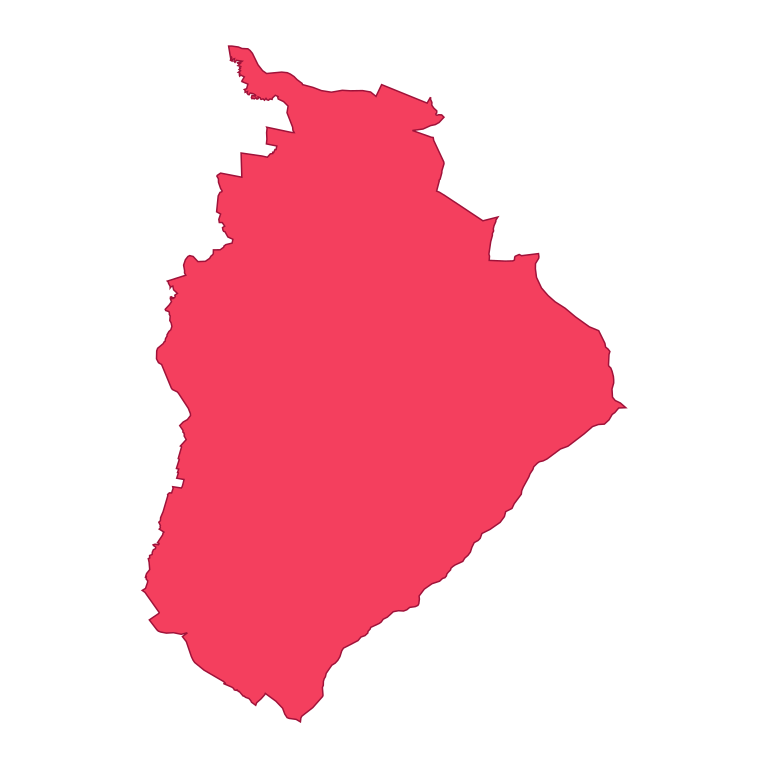 outline of Homoroade, Satu Mare, Romania
{"feature_id": "2599482B99777504625333", "entity_name": "Homoroade", "entity_type": "district", "adm_level": 2, "iso_a3": "ROU", "parent_name": "Romania", "parent_adm1": "Satu Mare", "projection": "robinson", "projection_center": [23.062, 47.634], "detail": "fine", "context": "isolated", "style": "filled", "palette": "rose", "viewbox_px": 768, "rotation_deg": 0, "n_neighbors": 0, "source": "geoboundaries", "source_scale": "gbopen_adm2", "svg_char_len": 6036}
<svg xmlns="http://www.w3.org/2000/svg" viewBox="0 0 768 768"><path d="M387.4,617.1L393.3,611.7L398.5,610.7L403.6,611.0L406.8,609.8L409.7,607.4L415.3,606.6L417.9,605.4L418.8,603.7L419.4,599.1L419.1,596.0L424.3,589.1L432.0,583.7L439.6,581.2L442.6,578.4L444.9,577.7L446.4,575.9L446.8,574.1L448.0,572.5L450.6,569.8L450.8,568.4L452.7,566.6L455.2,564.9L462.8,561.4L464.7,558.2L468.0,555.3L470.4,552.0L471.9,547.3L474.2,542.6L478.2,540.4L480.2,538.3L481.9,533.5L490.2,529.3L500.2,522.3L504.4,516.6L505.7,511.6L512.0,508.4L514.2,503.7L521.3,494.2L521.7,490.8L523.2,487.2L528.9,476.8L530.0,473.8L532.9,469.4L533.7,466.8L537.4,463.1L539.5,461.7L543.1,460.9L547.1,458.9L560.4,449.0L568.0,446.2L584.2,433.8L592.5,426.6L598.4,424.5L604.4,424.1L609.0,419.9L612.2,414.4L614.8,412.6L618.7,408.0L625.8,407.7L620.4,403.0L615.2,400.5L612.5,397.2L612.0,389.0L613.7,383.0L613.7,379.9L613.4,376.5L612.1,371.3L610.8,368.0L608.9,366.2L608.5,365.0L609.0,354.5L609.9,351.5L608.0,349.0L605.6,347.1L604.9,343.3L598.7,330.7L589.3,326.8L575.5,316.9L565.1,308.2L555.1,301.8L548.0,295.5L541.5,288.0L536.5,277.4L535.4,268.8L535.5,263.6L538.7,258.3L538.9,256.7L538.5,253.6L521.5,255.7L519.2,254.5L515.3,256.2L514.7,257.1L514.4,260.1L512.8,260.9L505.4,261.1L489.2,260.4L489.5,256.1L488.9,254.1L490.7,241.7L492.4,235.4L492.4,233.4L493.6,231.0L493.3,228.8L494.0,225.8L495.8,221.6L495.9,220.1L497.9,217.0L482.9,220.8L445.2,195.8L439.4,192.2L436.6,191.1L439.2,181.2L439.1,180.2L440.1,179.2L441.8,172.9L441.9,170.8L444.0,163.8L443.8,162.0L433.7,140.4L433.2,137.5L431.2,137.2L412.4,130.5L423.1,129.0L430.6,125.6L435.3,124.6L439.1,122.5L444.0,117.2L441.7,114.9L438.7,114.7L437.0,115.3L435.9,114.7L435.9,113.7L436.7,113.0L436.8,110.9L433.8,108.1L431.8,105.2L431.9,102.4L430.5,99.2L430.7,97.9L430.2,97.7L427.1,103.1L381.6,84.6L376.0,96.4L370.6,92.0L362.6,90.6L350.5,90.8L342.3,90.3L331.4,92.2L321.4,90.6L313.0,87.4L302.5,84.6L302.1,83.4L297.0,79.6L294.1,76.6L290.4,74.1L287.3,72.7L281.7,72.1L266.6,73.5L262.6,70.7L258.0,64.8L252.4,53.3L250.1,50.5L247.9,48.8L242.0,48.5L238.4,47.0L232.0,46.1L228.6,46.1L230.6,58.0L231.3,56.9L231.7,57.3L230.4,60.2L232.1,61.1L232.5,59.3L234.5,58.7L233.9,61.1L235.0,62.3L236.4,60.3L242.2,61.2L241.1,62.1L237.5,62.7L237.7,63.2L240.1,63.6L237.9,65.6L241.5,66.7L240.4,66.7L239.6,67.8L240.3,68.5L239.0,69.5L240.5,70.8L238.2,72.4L239.9,73.2L239.3,74.8L239.7,76.1L240.9,75.1L244.3,76.9L242.0,80.7L242.4,81.2L242.0,81.6L247.9,84.1L246.6,88.7L244.3,89.5L245.1,90.3L245.1,92.3L247.5,91.5L247.1,93.3L248.2,94.6L249.2,94.7L250.2,93.0L253.3,93.7L255.5,95.0L255.7,95.7L255.0,96.1L252.0,95.4L251.4,97.7L252.0,98.7L253.0,98.3L254.2,98.9L255.9,97.8L257.0,99.1L258.2,98.6L258.1,96.9L260.2,97.8L260.5,98.9L261.1,99.4L263.1,98.9L264.5,100.2L266.0,98.4L267.0,99.8L268.5,100.2L270.0,99.0L272.1,99.4L272.5,97.9L275.3,95.3L278.0,96.5L277.7,96.9L278.2,99.0L283.6,101.6L288.1,106.1L287.0,112.7L292.6,127.1L292.9,130.2L294.2,132.6L291.3,132.4L266.7,127.2L267.1,128.1L266.6,132.6L266.9,139.2L266.4,143.9L276.8,146.0L276.1,149.5L275.0,149.5L273.7,152.4L272.7,152.3L272.8,153.5L270.3,153.9L267.4,157.2L261.9,156.0L241.1,153.0L241.8,177.2L220.6,173.1L217.2,175.4L216.9,176.2L218.4,178.8L218.5,182.3L220.6,188.5L222.1,190.9L221.8,191.7L220.0,192.4L218.2,195.9L216.6,211.8L220.6,214.0L218.8,219.4L219.3,222.5L222.3,222.6L224.7,226.2L222.5,227.6L222.9,230.0L223.6,231.3L225.0,231.8L227.9,237.0L232.9,239.3L232.1,243.1L225.9,244.6L224.0,246.0L223.7,247.2L220.1,249.8L213.4,249.9L213.3,253.5L212.8,254.6L210.9,256.2L209.6,258.4L205.4,261.3L197.9,261.6L193.2,256.5L189.7,255.6L187.9,256.5L185.4,259.7L183.6,265.1L184.6,270.7L184.5,272.9L185.8,275.2L167.3,281.1L168.4,282.2L168.5,283.3L170.2,286.4L170.2,287.8L170.8,286.9L172.8,286.1L173.6,289.8L177.4,293.4L174.8,295.2L175.3,296.2L174.7,297.5L173.0,297.8L171.2,296.7L170.4,297.2L170.5,297.8L172.3,298.6L170.4,298.9L171.5,301.7L169.2,305.0L165.2,309.3L165.7,310.5L168.9,311.6L169.4,312.9L169.3,314.4L170.2,316.0L169.8,320.6L171.1,322.8L171.9,326.4L170.8,329.8L168.9,331.5L167.0,334.8L167.0,336.2L165.6,338.4L165.0,341.5L164.2,341.8L163.2,343.6L157.6,348.3L156.7,350.9L156.5,358.8L158.5,362.7L161.6,364.5L171.3,388.0L172.4,389.5L177.3,391.9L178.5,393.3L188.3,408.3L190.4,413.6L190.5,415.6L187.4,419.6L183.2,422.0L179.7,425.6L183.0,430.5L182.9,432.1L184.2,433.2L184.0,433.9L184.5,434.8L184.1,435.9L186.2,439.6L180.4,446.0L181.4,446.4L181.5,447.1L178.2,458.6L179.3,459.3L176.4,468.5L178.7,469.1L177.5,472.5L178.3,472.7L178.3,473.2L176.7,478.2L184.0,479.5L183.1,483.4L182.2,486.6L181.3,488.0L172.7,486.7L173.1,488.3L171.6,492.9L169.3,492.9L167.6,494.5L167.8,495.7L163.1,511.7L160.6,517.6L160.4,520.7L158.8,522.2L160.4,525.5L160.1,526.4L160.4,527.9L159.2,529.1L163.9,532.1L163.0,533.1L162.7,534.8L157.5,542.7L159.0,543.4L158.9,544.2L158.3,544.8L155.1,544.2L153.1,544.8L153.4,545.5L155.7,547.0L155.6,548.1L155.2,548.8L153.4,549.7L152.3,552.2L152.1,554.5L149.6,555.5L149.7,558.0L148.3,558.6L149.1,562.3L149.7,569.6L146.6,573.5L145.9,575.6L146.2,576.3L145.7,576.4L145.4,577.5L146.3,577.8L146.3,579.3L147.7,580.7L147.5,582.6L145.5,588.4L142.2,590.4L145.0,592.4L159.2,612.5L158.8,613.4L149.3,619.9L156.9,629.8L158.3,631.1L160.6,632.0L166.3,633.1L173.5,632.7L181.3,634.3L186.6,632.9L186.9,633.2L182.4,636.6L186.3,641.6L191.4,656.6L193.1,660.2L194.7,662.5L204.1,670.2L223.9,681.7L224.5,682.8L223.6,684.0L225.9,682.8L224.5,684.0L231.8,687.1L233.5,688.3L234.3,689.9L236.0,690.3L236.9,689.9L237.0,690.4L237.6,690.4L238.4,691.5L239.2,691.4L243.2,696.1L244.0,696.0L245.5,697.3L248.9,698.5L250.7,700.5L251.5,702.2L255.7,705.3L256.7,702.7L261.1,698.8L264.8,694.6L265.3,693.4L275.9,701.2L282.6,708.2L284.8,714.1L287.1,717.6L289.1,718.4L296.2,719.4L300.4,721.9L300.9,717.9L301.9,716.1L312.8,707.6L322.6,696.5L323.0,695.3L322.4,687.4L323.3,685.4L323.4,681.4L324.2,678.7L325.4,676.8L326.2,673.3L331.8,665.2L335.2,663.1L337.8,660.3L339.9,656.7L341.8,650.7L343.5,648.1L358.0,640.6L361.0,637.0L365.0,635.6L367.8,633.0L368.0,631.4L370.2,629.0L370.7,627.4L379.3,623.4L381.2,622.0L383.2,619.2L387.4,617.1Z" fill="#f43f5e" stroke="#9f1239" stroke-width="1.5"/></svg>